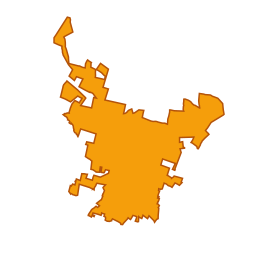 the district of Homún, Yucatán, Mexico, rotated 192°
{"feature_id": "50627088B94698794440678", "entity_name": "Homún", "entity_type": "district", "adm_level": 2, "iso_a3": "MEX", "parent_name": "Mexico", "parent_adm1": "Yucatán", "projection": "mercator", "projection_center": [-89.236, 20.665], "detail": "fine", "context": "isolated", "style": "filled", "palette": "amber", "viewbox_px": 256, "rotation_deg": 192, "n_neighbors": 0, "source": "geoboundaries", "source_scale": "gbopen_adm2", "svg_char_len": 5766}
<svg xmlns="http://www.w3.org/2000/svg" viewBox="0 0 256 256"><g transform="rotate(192 128 128)"><path d="M197.5,161.3L197.7,160.7L198.9,158.8L199.1,158.4L199.9,156.9L200.2,155.2L200.1,154.7L200.4,145.1L200.5,144.2L195.5,143.3L189.6,141.6L183.8,148.8L180.4,147.7L179.1,147.6L179.7,145.5L180.1,145.1L180.8,142.5L185.6,143.8L187.7,140.0L188.5,135.6L188.6,133.9L188.9,131.1L188.6,130.4L190.5,130.1L190.9,129.9L191.7,129.1L192.4,128.8L192.7,129.1L193.0,128.9L193.2,128.5L193.4,128.4L193.4,128.2L193.9,127.8L194.2,127.6L193.5,127.2L193.0,127.0L192.4,126.6L191.3,126.2L190.8,126.2L190.3,125.8L189.8,125.6L189.6,125.4L189.6,125.1L189.2,124.7L189.1,124.4L188.7,124.0L188.6,123.8L188.7,123.4L188.0,123.3L187.1,123.0L186.8,122.6L186.3,122.1L186.7,120.9L186.0,120.5L184.8,120.1L184.5,120.1L184.5,120.9L184.0,120.6L183.7,120.1L183.2,120.0L182.8,119.7L182.3,118.9L181.9,118.5L181.8,117.8L181.6,117.4L181.5,117.0L181.2,116.5L181.1,116.0L181.0,115.9L180.5,115.3L180.6,114.6L180.0,113.4L179.4,112.8L179.1,112.5L178.7,112.3L178.2,112.3L177.9,112.2L177.6,111.8L177.1,111.6L177.0,111.4L177.1,111.0L176.9,110.8L176.2,110.8L175.8,110.4L175.6,109.9L175.6,109.6L175.2,109.2L174.9,110.5L174.1,117.2L158.0,115.6L158.3,105.9L165.5,105.9L165.6,104.9L165.9,103.1L163.7,102.9L163.7,92.6L163.7,91.2L160.9,90.1L160.6,89.9L158.6,89.4L157.3,88.5L156.5,88.2L155.7,79.9L153.4,79.8L150.3,78.5L150.3,78.4L149.7,78.3L146.7,78.8L147.0,84.2L145.5,84.2L145.2,79.1L144.3,79.0L143.0,79.2L142.7,79.1L142.0,79.4L141.3,82.5L137.6,82.5L137.7,79.6L144.8,74.2L146.8,74.3L148.9,74.5L151.5,74.7L151.8,73.1L151.9,72.8L152.0,69.5L158.6,70.1L158.1,74.3L159.6,74.1L160.7,74.2L163.7,73.7L163.8,66.7L167.9,67.4L168.0,65.8L168.4,65.4L168.6,64.8L168.0,64.6L168.1,61.3L170.5,61.7L171.5,59.4L172.4,59.7L172.7,53.6L170.4,51.5L170.2,52.0L169.2,51.8L167.8,51.2L166.9,51.3L165.1,51.0L164.1,51.3L163.3,51.8L164.0,62.9L158.4,62.3L157.8,62.3L154.4,61.9L153.6,61.9L151.7,61.4L150.7,61.2L149.9,61.3L149.9,60.9L149.7,61.1L149.2,60.9L148.3,60.4L148.3,60.8L148.5,61.4L148.5,61.8L148.3,63.0L148.2,63.5L147.8,64.1L147.5,65.0L147.4,66.3L146.9,67.5L138.2,67.7L140.1,64.6L139.7,64.0L139.4,63.5L139.1,63.2L138.0,61.9L138.7,58.1L138.9,58.1L139.1,56.3L138.5,56.1L139.1,52.4L139.3,52.1L139.5,52.1L143.1,47.8L139.7,46.0L141.2,44.0L143.0,44.8L144.8,42.5L146.1,41.3L146.9,40.0L147.1,39.1L147.7,37.7L148.0,37.2L148.0,36.7L148.3,36.1L148.5,35.7L148.4,35.5L148.6,35.0L148.8,34.7L148.7,34.1L147.9,34.1L145.3,33.3L144.9,34.9L143.8,34.6L142.8,34.3L142.6,35.4L143.8,35.6L144.8,35.8L144.6,37.6L139.7,37.4L136.2,37.0L136.0,38.6L136.1,39.4L135.1,39.1L133.0,39.0L133.0,37.9L133.1,36.6L132.8,36.6L131.5,36.1L131.1,34.9L131.2,33.2L129.5,32.6L128.7,32.5L127.6,32.7L126.9,32.7L124.7,33.9L124.8,34.6L124.5,35.5L124.3,35.9L118.0,34.3L115.6,33.4L114.9,32.2L113.2,32.4L112.4,34.3L109.7,38.8L109.2,40.2L108.1,39.6L106.5,39.0L105.7,41.1L105.0,43.5L103.0,43.4L101.1,43.1L101.1,42.7L101.0,41.7L101.5,38.4L99.1,38.2L98.3,38.6L99.0,43.4L98.6,43.1L95.7,42.3L95.6,42.6L95.2,45.8L93.0,44.7L90.0,43.4L89.2,46.5L88.6,46.1L83.5,42.8L82.4,41.3L81.7,43.0L80.9,44.7L80.5,45.0L80.0,45.2L79.7,45.6L80.3,48.8L81.2,55.9L81.9,56.4L81.2,58.6L82.7,59.8L83.7,59.9L83.4,62.2L83.1,62.2L82.9,63.2L82.7,65.5L83.8,65.5L84.5,65.6L84.4,66.4L83.6,66.3L83.4,67.3L84.7,67.6L84.4,70.4L84.0,72.9L85.1,73.2L85.3,75.0L83.5,74.7L83.2,75.1L82.1,75.2L81.8,75.9L81.2,81.6L80.6,81.4L78.8,81.2L76.7,80.0L74.5,79.8L72.6,79.1L70.6,84.0L68.1,83.4L65.8,82.6L63.8,85.8L64.7,86.1L64.2,90.1L72.9,90.6L73.2,89.7L74.9,87.9L75.0,88.3L79.9,90.0L79.6,90.8L79.7,91.4L79.1,97.3L88.2,98.6L87.7,104.9L74.4,103.2L75.9,96.8L73.8,96.6L73.8,96.3L73.4,96.3L73.3,96.9L73.7,96.9L70.9,115.1L72.8,118.5L67.9,120.2L68.0,120.2L68.8,120.5L68.8,120.4L70.0,120.8L71.7,126.0L74.6,124.7L75.6,129.4L61.7,132.8L62.2,129.8L63.3,126.9L62.1,126.7L56.9,124.3L55.9,122.4L55.1,122.2L54.8,122.8L53.7,126.5L53.7,127.8L53.0,129.4L52.8,130.6L50.8,133.9L47.5,138.6L48.4,139.5L49.0,139.7L51.7,141.7L50.3,144.4L48.0,150.4L47.8,150.8L37.5,160.5L36.9,161.4L38.6,165.6L40.5,171.6L46.2,175.7L46.5,175.8L51.0,176.5L51.9,176.5L53.2,177.1L54.5,177.4L59.6,176.7L60.9,176.9L65.4,176.6L64.5,169.2L63.3,165.6L62.8,164.8L62.8,164.3L62.4,163.5L62.2,163.2L62.1,162.5L63.3,162.8L67.0,164.1L68.4,164.2L70.1,165.1L72.2,166.8L74.7,167.7L75.5,167.8L77.4,168.1L78.3,168.2L79.4,167.8L79.3,167.4L79.0,165.7L78.8,163.0L78.2,161.8L78.2,161.2L78.3,160.5L77.9,157.8L77.7,157.2L77.0,156.1L86.3,154.5L90.2,154.5L91.0,154.3L90.6,152.3L90.6,148.2L90.9,145.0L90.2,139.9L92.1,140.2L92.8,140.4L95.6,139.9L100.2,140.1L101.2,140.3L102.6,140.2L104.8,139.6L107.1,139.6L116.2,141.2L116.3,145.0L116.2,148.5L121.1,148.0L124.7,144.2L126.2,143.4L128.3,147.4L131.0,145.5L132.0,144.1L132.4,143.1L133.8,141.7L135.3,141.1L135.3,150.4L156.4,150.6L155.3,162.1L160.9,162.6L159.4,181.5L168.3,185.5L171.2,178.5L169.2,178.1L165.4,176.6L162.3,174.5L161.0,174.0L161.0,172.2L160.9,170.6L170.5,170.7L170.7,172.7L171.4,175.4L171.9,178.5L177.0,179.8L177.3,181.9L177.6,183.2L177.6,183.8L177.4,184.4L180.6,185.6L181.6,186.2L182.2,185.0L182.9,182.0L182.4,177.9L185.1,177.9L187.2,178.3L188.0,178.6L189.0,178.5L189.3,178.4L193.9,178.6L199.2,178.8L200.5,183.0L201.0,185.1L204.4,191.6L205.1,192.8L206.2,194.4L206.4,195.6L207.1,198.6L208.2,201.8L209.7,203.6L208.8,204.6L201.9,210.4L206.2,218.8L206.6,219.8L206.8,221.9L207.7,223.7L210.4,223.8L217.9,203.8L219.1,200.9L218.1,196.0L213.6,195.0L209.6,194.3L209.3,192.4L209.0,191.6L208.8,191.3L208.5,190.8L208.3,190.2L207.8,188.3L206.9,186.6L206.7,186.2L206.6,185.9L199.4,177.6L194.3,173.5L196.4,166.5L190.3,163.3L189.0,167.5L182.3,166.6L184.5,158.2L177.6,156.1L173.1,154.9L172.4,154.9L172.4,155.2L170.0,154.7L169.3,154.3L165.3,150.7L167.9,150.7L167.8,140.1L179.0,140.1L175.5,148.5L176.4,149.2L185.3,154.8L197.5,161.3Z" fill="#f59e0b" stroke="#b45309" stroke-width="1.5"/></g></svg>